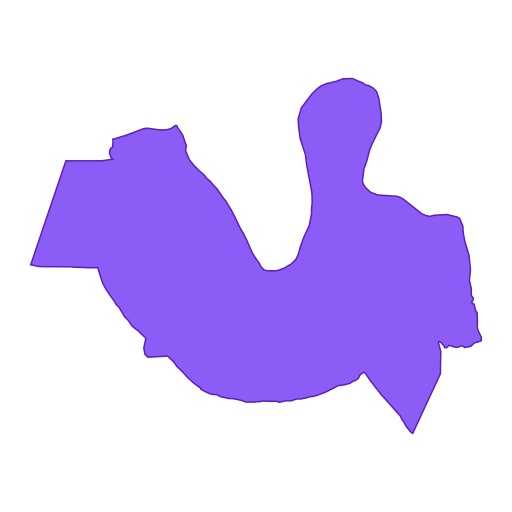 Upper Fuladu West, Central River, Gambia
{"feature_id": "56634734B91081024976770", "entity_name": "Upper Fuladu West", "entity_type": "district", "adm_level": 2, "iso_a3": "GMB", "parent_name": "Gambia", "parent_adm1": "Central River", "projection": "albers", "projection_center": [-14.638, 13.443], "detail": "fine", "context": "isolated", "style": "filled", "palette": "violet", "viewbox_px": 512, "rotation_deg": 0, "n_neighbors": 0, "source": "geoboundaries", "source_scale": "gbopen_adm2", "svg_char_len": 3980}
<svg xmlns="http://www.w3.org/2000/svg" viewBox="0 0 512 512"><path d="M112.8,139.2L113.0,140.5L113.0,141.7L112.8,144.2L112.8,145.2L112.8,145.5L112.8,146.1L112.4,147.1L112.2,147.3L112.0,147.5L111.3,148.0L110.9,148.4L110.7,148.6L110.5,149.0L110.4,149.0L110.2,149.4L109.8,150.1L109.7,150.7L109.5,153.1L109.8,153.8L110.1,154.9L110.2,155.1L110.6,156.3L111.4,158.0L111.8,158.4L112.2,158.8L112.7,159.1L108.2,159.9L103.5,160.5L103.7,160.8L65.9,160.8L61.5,173.9L55.0,192.9L44.9,222.8L39.6,238.5L30.7,264.8L38.9,266.5L45.1,266.7L71.3,266.8L73.7,267.2L74.2,267.2L80.3,267.4L87.7,267.7L97.8,267.7L101.0,278.1L102.9,283.6L106.1,289.4L110.0,295.3L111.3,297.1L114.5,301.5L116.4,304.8L119.2,307.6L122.8,313.7L124.4,316.5L127.4,319.5L128.0,320.2L128.5,320.8L132.3,326.2L135.5,328.8L138.1,330.8L139.8,332.5L140.9,333.5L141.0,333.7L144.7,337.1L145.8,338.5L145.2,341.5L143.8,347.9L144.9,354.2L145.5,354.8L147.8,357.2L149.7,357.1L167.7,356.1L174.1,362.4L176.9,366.5L182.9,372.2L187.2,377.1L193.9,383.2L200.3,388.0L201.1,388.3L200.9,389.3L204.8,391.4L210.0,393.8L213.2,394.5L216.4,394.5L220.5,396.7L229.3,398.6L232.5,398.6L238.5,399.7L241.2,400.4L243.6,401.2L244.7,401.7L246.9,402.1L248.9,402.1L251.0,402.0L255.1,402.1L256.4,401.7L259.4,401.7L262.8,401.0L270.2,401.3L271.2,401.4L276.4,401.2L279.1,402.3L280.0,402.1L285.6,400.9L286.5,400.8L291.2,400.8L296.6,399.0L300.6,399.0L305.8,398.0L310.3,396.7L312.9,396.5L317.6,395.2L320.5,394.0L320.9,393.9L325.4,392.2L333.8,388.1L337.8,385.7L344.5,384.8L349.7,383.4L353.1,381.3L355.5,380.4L358.5,378.3L359.6,375.4L363.7,372.2L365.4,373.3L369.7,379.8L377.6,390.0L380.8,394.1L400.8,416.6L401.6,419.0L403.8,422.0L406.8,427.2L410.9,432.2L412.7,433.4L424.4,408.2L440.4,373.8L440.8,351.7L438.5,343.0L438.7,341.6L439.1,341.7L440.4,342.2L440.8,342.4L443.8,345.6L444.8,347.7L446.7,347.7L447.2,347.2L448.9,345.3L455.2,347.2L457.6,347.2L461.6,345.9L462.9,345.9L464.5,347.5L470.6,346.4L473.8,343.5L475.7,342.4L477.3,342.4L478.1,341.6L479.7,341.6L481.3,340.6L481.3,340.4L481.3,337.3L479.4,333.1L478.4,331.2L477.3,327.7L477.3,322.6L477.5,322.6L477.4,320.7L477.3,318.6L477.1,313.0L477.1,312.3L476.9,312.2L476.0,311.7L475.9,311.4L475.3,309.1L474.1,304.1L473.9,304.0L472.7,303.9L472.5,303.6L471.7,301.5L472.0,301.3L472.8,300.8L473.0,299.9L473.2,299.1L473.4,298.2L471.3,295.4L471.3,290.2L471.2,288.7L471.1,287.6L469.4,280.3L470.0,274.7L470.5,269.8L469.0,255.3L465.0,241.8L464.7,240.8L463.2,232.6L462.8,225.9L459.6,218.5L457.2,217.0L446.9,214.5L434.2,215.3L429.7,216.4L425.2,215.3L421.8,213.8L421.3,213.4L403.5,199.3L400.1,197.3L396.4,196.2L379.4,195.1L377.5,194.9L370.6,192.3L368.5,190.4L365.3,187.3L363.1,183.7L362.3,180.6L362.7,178.9L364.0,168.6L366.2,162.9L366.4,162.4L369.8,149.4L372.6,142.9L380.0,128.0L381.5,121.5L381.1,113.1L378.7,97.9L376.6,91.6L373.6,88.4L368.9,85.6L366.1,85.1L362.4,82.8L352.5,78.6L349.1,78.6L342.9,78.8L336.6,81.2L326.5,83.6L321.1,85.9L317.5,88.5L312.1,93.7L306.3,101.3L301.3,108.0L298.1,119.1L298.3,121.9L298.5,126.0L300.2,138.6L305.4,154.6L306.6,164.3L306.8,165.5L309.2,178.3L311.7,191.7L312.0,194.9L312.1,199.6L312.2,202.5L311.5,209.0L311.5,213.8L310.4,219.6L309.3,225.4L308.8,226.6L303.9,237.0L300.5,246.3L298.3,254.3L297.5,256.0L296.0,259.3L291.4,263.8L284.6,267.9L278.5,270.3L273.2,271.1L272.9,270.8L266.3,270.6L263.7,269.8L262.8,268.6L262.7,268.5L260.0,265.2L259.6,264.0L259.4,263.5L254.7,256.8L252.9,253.8L252.1,252.4L251.5,251.0L248.2,243.6L248.0,243.1L247.1,241.1L247.0,240.7L245.6,237.9L245.3,237.2L244.4,235.3L241.9,231.0L239.9,227.5L236.5,220.4L234.8,216.7L233.2,213.7L231.1,209.7L225.8,201.0L224.0,198.9L217.0,188.9L212.9,184.6L210.3,181.3L206.4,178.1L204.5,175.3L201.0,172.3L199.6,171.1L194.0,165.5L189.1,159.4L185.6,150.5L186.3,145.3L185.6,143.8L183.6,137.7L182.6,134.9L177.3,127.1L177.1,126.0L176.7,125.8L175.6,125.4L170.6,128.8L165.7,129.9L158.8,129.9L158.6,129.8L148.3,128.3L145.9,128.3L143.1,128.8L134.3,132.2L126.1,135.2L126.1,135.5L125.9,135.3L113.2,139.2L112.8,139.2Z" fill="#8b5cf6" stroke="#5b21b6" stroke-width="1.5"/></svg>